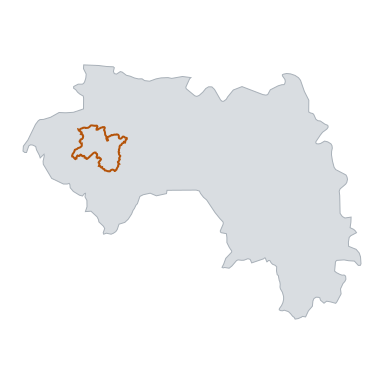 location of Telimele, Télimélé, Guinea
{"feature_id": "49546643B50480493924889", "entity_name": "Telimele", "entity_type": "district", "adm_level": 2, "iso_a3": "GIN", "parent_name": "Guinea", "parent_adm1": "Télimélé", "projection": "mercator", "projection_center": [-13.353, 10.89], "detail": "fine", "context": "in_parent", "style": "outline", "palette": "amber", "viewbox_px": 384, "rotation_deg": 0, "n_neighbors": 0, "source": "geoboundaries", "source_scale": "gbopen_adm2", "svg_char_len": 7241}
<svg xmlns="http://www.w3.org/2000/svg" viewBox="0 0 384 384"><path d="M241.7,260.3L238.1,259.9L236.6,260.5L231.9,266.0L229.1,268.2L224.7,267.5L223.1,267.9L222.0,267.3L223.6,264.3L225.8,258.3L231.6,252.2L231.7,251.0L229.3,247.4L226.9,242.6L226.9,237.4L226.4,233.7L221.3,232.7L220.4,232.0L220.3,230.8L223.1,224.3L223.3,223.0L223.0,221.9L219.9,218.6L215.0,212.5L206.6,199.9L203.5,197.3L200.5,193.4L199.4,191.0L196.2,190.1L167.0,190.3L166.5,193.6L156.4,195.8L150.2,193.2L143.3,194.7L139.9,196.4L137.4,203.7L135.9,205.3L134.4,208.5L133.1,210.3L131.6,214.0L128.3,219.1L124.8,222.4L119.0,224.2L117.2,229.6L115.8,231.6L113.5,233.2L111.1,234.2L106.4,233.2L103.7,234.2L103.2,232.8L104.7,228.5L103.5,226.3L98.9,221.9L98.5,219.7L97.1,216.9L91.0,211.2L85.4,211.6L87.0,206.8L86.9,200.4L85.0,196.9L85.5,193.3L84.4,193.6L82.5,196.0L79.5,195.2L73.3,191.4L70.2,187.7L69.9,184.6L69.2,183.4L67.3,184.0L63.4,184.0L51.7,178.4L43.3,164.3L43.1,161.2L44.3,155.7L44.0,154.2L40.2,157.9L39.4,155.4L36.5,149.8L35.7,146.5L32.8,145.1L30.6,144.8L28.8,145.9L26.5,152.5L24.8,152.5L23.0,151.1L23.4,146.1L27.9,140.0L35.5,124.4L38.2,120.8L39.9,119.6L43.5,119.4L50.5,117.3L59.1,112.5L65.6,112.8L73.4,112.3L83.5,108.9L83.6,98.4L83.3,96.1L79.7,94.0L77.6,92.2L75.8,89.8L73.6,88.2L73.7,86.5L78.1,84.2L82.3,84.2L83.6,83.4L84.6,81.9L85.8,78.1L86.2,74.1L83.5,68.7L83.7,64.9L98.5,65.5L106.6,66.5L113.3,66.8L114.3,67.7L113.4,71.4L114.3,73.6L116.5,74.1L120.3,71.6L122.2,72.1L126.4,75.3L130.2,76.2L134.5,78.0L138.4,78.9L142.0,78.8L144.6,80.6L149.6,81.2L156.0,78.9L161.0,77.9L168.0,77.6L171.7,78.4L182.5,76.5L190.9,77.6L189.6,78.8L185.8,87.2L186.2,88.7L194.8,95.8L196.8,96.4L199.2,95.4L202.9,92.1L205.8,88.5L208.6,86.8L211.9,86.9L214.5,89.4L220.6,100.0L222.1,101.3L223.6,101.3L226.3,99.3L227.6,97.0L233.3,90.0L242.0,86.6L262.9,94.6L265.9,95.1L267.7,94.6L270.3,89.8L278.2,85.8L281.9,84.7L284.1,84.6L284.9,83.3L285.3,81.4L284.9,79.4L282.4,75.8L282.4,74.7L283.7,74.1L286.7,73.5L290.6,73.9L295.0,75.4L298.5,77.7L300.5,80.3L304.4,91.5L308.8,100.2L308.7,111.9L310.6,113.0L312.7,113.5L313.7,114.4L315.9,119.3L317.9,120.7L320.3,121.0L324.8,124.1L327.7,125.3L328.1,126.2L328.0,127.5L326.8,129.1L322.5,132.3L320.3,135.1L315.9,141.7L315.8,142.9L316.7,143.8L318.5,143.9L320.5,143.5L324.6,141.1L327.8,141.9L330.9,143.8L332.0,145.7L332.3,148.2L331.6,151.4L331.5,155.0L332.5,161.2L334.1,167.3L335.7,169.6L346.0,175.0L347.0,177.0L347.5,179.3L346.8,182.4L345.7,184.1L340.1,188.9L339.2,191.2L339.7,195.5L340.1,213.4L342.3,216.5L344.9,218.0L351.1,217.1L350.9,222.1L350.1,227.7L353.7,229.4L355.5,231.1L356.5,232.7L350.8,235.7L349.2,237.4L348.4,242.1L348.6,246.3L356.2,249.4L359.2,253.0L360.5,256.8L361.0,263.8L360.3,265.4L358.3,265.4L354.4,261.1L348.5,260.7L344.1,259.9L336.7,260.4L335.5,261.7L334.6,271.1L336.4,272.6L339.9,274.4L342.2,275.2L344.1,275.0L345.6,276.1L345.9,279.2L344.9,281.4L343.0,283.5L340.5,288.9L341.1,293.9L336.9,301.8L335.7,303.3L330.2,301.8L326.6,301.2L324.0,303.2L320.5,300.2L319.8,297.8L318.5,297.3L316.1,297.2L313.9,298.6L312.9,301.1L312.4,306.2L308.4,310.9L305.6,316.9L302.3,316.4L301.6,317.1L298.1,318.6L295.1,319.1L294.3,317.5L292.6,316.2L290.6,313.7L288.4,311.6L284.2,310.2L282.5,310.8L280.5,310.6L279.2,309.8L279.4,308.6L281.6,305.5L282.9,302.6L283.6,299.5L283.6,296.5L282.4,292.3L280.5,289.0L280.0,287.1L280.2,284.3L279.8,281.7L279.2,280.4L278.3,275.5L277.2,274.7L276.5,270.8L276.7,266.8L275.1,265.3L272.5,264.2L271.0,262.6L270.1,260.9L269.1,260.4L268.3,260.5L267.6,261.6L266.8,261.8L265.3,258.0L264.6,257.9L263.6,258.8L251.7,262.9L250.2,259.4L247.9,258.7L244.0,260.2L241.7,260.3Z" fill="#d9dde1" stroke="#a8b0b8" stroke-width="1"/><path d="M87.2,158.8L89.6,156.8L89.6,156.6L91.0,155.4L93.4,153.1L94.5,152.5L95.1,152.5L95.7,152.6L95.8,153.1L96.4,153.7L96.9,153.9L96.9,154.3L97.1,154.5L97.1,155.6L96.6,156.5L96.7,157.9L96.8,158.1L96.7,158.1L96.8,158.1L97.3,158.2L97.6,158.0L97.7,157.9L98.0,157.9L98.4,157.6L98.6,157.5L99.0,157.4L99.4,157.9L99.5,158.0L99.8,158.0L100.1,158.1L100.3,158.2L101.0,159.2L100.7,159.9L100.0,160.5L99.8,161.1L99.4,161.3L98.9,162.0L98.7,162.2L98.6,162.7L98.9,163.0L99.5,163.8L99.4,164.1L99.3,164.7L98.9,165.9L99.4,165.9L99.5,166.1L100.2,166.1L100.3,166.4L100.5,166.4L100.8,167.0L101.1,167.4L101.4,167.4L102.1,167.2L102.1,167.7L102.6,168.5L103.6,169.0L104.0,169.0L104.4,169.3L104.5,169.9L104.8,170.4L106.2,170.6L107.3,171.1L108.1,171.3L108.3,171.2L108.6,171.2L109.2,171.4L110.1,171.2L110.6,170.4L111.4,169.9L112.4,169.6L113.0,169.7L113.9,170.1L114.6,170.5L114.7,171.0L114.9,171.0L115.9,170.2L116.1,169.7L116.4,169.3L116.6,169.3L116.8,168.6L117.2,167.8L118.1,166.4L118.3,165.9L118.1,165.5L118.4,164.6L118.9,164.0L119.2,163.9L118.8,163.4L118.3,163.1L118.0,162.6L117.9,161.9L118.3,161.5L118.4,161.4L118.5,161.7L119.0,160.7L119.8,159.3L119.7,159.1L119.2,158.9L119.2,157.9L119.5,157.4L120.0,156.6L120.3,156.0L119.9,155.5L119.6,155.2L119.1,154.6L118.8,152.9L119.1,152.5L118.8,152.2L118.6,151.8L119.0,150.6L118.9,149.6L119.5,148.1L119.6,146.3L120.2,145.4L121.3,145.0L121.6,144.5L121.7,144.0L122.1,143.5L123.5,142.9L123.8,141.9L124.2,142.0L125.0,142.5L125.2,142.1L125.4,140.8L125.7,140.2L125.8,139.8L126.4,139.4L126.5,139.4L126.8,139.0L126.8,138.5L126.8,138.1L126.4,137.9L124.6,137.4L124.1,136.8L123.6,136.6L123.0,136.6L122.6,136.8L122.0,137.7L121.2,138.4L120.5,138.7L119.3,138.4L119.0,138.1L118.8,137.6L118.9,136.1L118.5,135.3L118.2,134.8L117.7,134.6L117.3,134.5L117.2,134.5L117.0,134.4L116.6,134.4L116.3,134.6L116.1,134.5L115.4,134.7L114.8,134.7L114.6,134.7L114.4,134.6L114.2,134.6L113.9,134.7L113.4,134.9L113.0,135.0L112.8,135.1L112.5,135.2L112.3,135.2L112.2,135.2L111.7,135.0L111.4,135.1L111.2,135.3L110.9,135.6L110.5,135.8L110.2,135.9L109.8,136.2L109.3,136.4L109.0,136.5L108.7,136.7L108.5,136.8L108.3,136.9L108.0,136.9L107.6,137.0L107.3,137.0L107.1,137.1L107.1,137.8L107.7,139.2L108.0,140.3L107.8,140.4L107.5,140.4L107.3,140.6L107.2,140.6L106.4,138.7L106.4,136.6L105.2,134.8L105.0,132.6L104.6,131.0L104.1,130.3L104.1,129.8L104.8,127.9L104.4,127.2L104.1,127.1L103.6,127.1L102.7,127.1L102.2,127.5L101.1,127.6L100.1,128.2L99.0,128.7L98.0,129.5L97.4,129.7L96.6,129.7L96.5,129.0L97.4,126.6L97.1,125.9L96.8,125.7L95.6,125.7L95.1,125.9L94.0,125.6L93.6,125.7L92.9,125.5L91.6,125.4L90.9,125.5L90.6,125.6L89.7,126.7L88.4,127.6L87.9,127.8L85.6,128.0L85.2,127.7L84.9,127.6L83.5,127.8L83.2,127.7L82.5,128.2L81.1,128.6L80.6,128.9L80.1,129.4L79.6,129.6L78.9,129.7L78.4,129.5L78.5,129.9L79.0,130.2L79.1,130.7L79.9,130.9L80.0,131.3L80.4,131.7L80.7,131.6L81.3,132.3L81.6,132.4L81.7,132.7L81.7,133.1L81.3,133.5L80.9,134.1L81.3,134.3L82.4,134.5L82.8,135.1L83.2,136.2L82.9,137.0L83.0,137.7L82.1,139.0L81.0,139.3L80.5,139.6L80.4,140.9L80.0,140.8L79.7,141.0L79.6,141.6L81.7,144.2L81.8,144.5L81.6,145.3L81.8,145.0L81.8,145.5L81.5,146.3L79.9,147.5L78.0,148.1L77.0,149.0L74.9,149.8L74.6,150.5L74.4,151.4L73.8,152.5L72.5,154.3L72.3,155.5L72.1,155.7L72.2,156.4L72.6,156.4L73.2,156.9L75.0,158.9L75.5,159.1L75.9,158.7L75.6,158.2L75.8,157.9L76.5,158.2L76.8,156.6L77.0,156.1L77.3,155.7L77.6,155.5L78.2,155.9L79.1,156.0L79.5,155.8L79.7,155.4L80.2,155.4L80.6,154.7L81.3,154.9L82.1,156.0L82.6,156.2L82.9,156.0L84.0,155.9L84.3,156.1L84.6,157.5L85.1,157.3L85.7,157.6L85.6,157.9L85.7,158.0L85.9,158.2L86.1,158.5L86.3,158.6L86.5,158.9L87.2,158.8Z" fill="none" stroke="#b45309" stroke-width="2"/></svg>